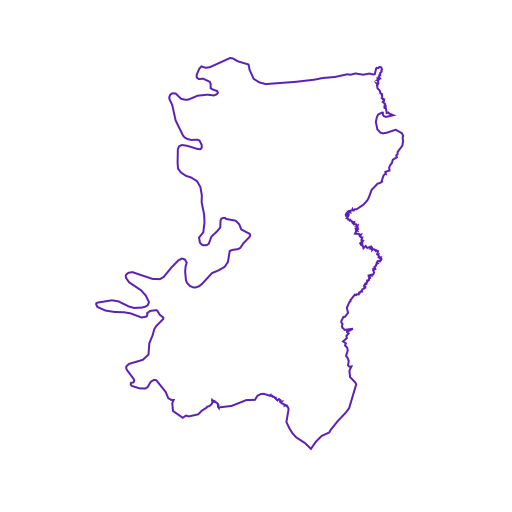 outline of Kham Ta Kla, Sakon Nakhon, Thailand, rotated 260°
{"feature_id": "78962969B89858575119676", "entity_name": "Kham Ta Kla", "entity_type": "district", "adm_level": 2, "iso_a3": "THA", "parent_name": "Thailand", "parent_adm1": "Sakon Nakhon", "projection": "orthographic", "projection_center": [103.783, 17.84], "detail": "fine", "context": "isolated", "style": "outline", "palette": "violet", "viewbox_px": 512, "rotation_deg": 260, "n_neighbors": 0, "source": "geoboundaries", "source_scale": "gbopen_adm2", "svg_char_len": 6147}
<svg xmlns="http://www.w3.org/2000/svg" viewBox="0 0 512 512"><g transform="rotate(260 256 256)"><path d="M445.9,281.9L450.9,271.9L454.6,267.5L455.5,264.9L450.0,243.6L450.1,239.1L452.2,235.1L450.3,232.7L445.5,229.5L443.5,228.7L442.0,228.8L440.2,230.3L439.8,234.7L435.6,240.7L433.5,241.2L429.1,240.5L427.7,242.0L425.2,246.4L423.5,246.8L422.1,245.5L421.4,242.5L423.3,236.2L424.0,226.3L421.8,216.6L422.0,214.1L423.7,209.6L430.0,205.1L430.7,201.8L429.8,199.6L427.4,198.1L425.0,198.1L419.5,199.7L403.4,200.4L387.4,205.0L385.0,206.4L382.9,209.2L381.5,212.6L380.8,217.9L379.7,220.3L374.9,221.8L372.1,221.4L370.8,219.7L371.6,216.9L376.4,207.5L377.9,203.3L378.1,201.7L377.3,199.3L374.8,197.6L361.6,195.0L355.7,194.4L351.4,196.5L347.3,200.7L344.4,206.0L339.9,210.9L333.7,213.2L325.2,213.2L318.3,211.8L305.7,212.1L297.9,211.1L288.5,208.2L284.0,203.1L278.8,203.1L276.7,204.5L275.7,206.1L275.3,209.4L276.2,211.6L282.8,215.4L286.8,221.6L290.2,225.7L297.0,227.2L298.7,228.3L299.2,230.1L298.9,232.1L297.7,232.9L294.3,242.1L290.1,245.0L284.7,246.1L278.9,253.6L277.5,253.9L275.9,253.0L270.9,246.0L266.7,241.9L265.9,239.5L266.1,233.6L265.5,231.0L255.0,227.3L250.8,223.3L248.4,216.7L246.8,209.7L237.8,197.9L236.0,194.4L235.5,190.7L236.1,188.5L238.0,185.7L241.5,183.4L244.3,182.8L252.9,183.5L258.1,184.9L261.5,186.6L265.0,185.3L266.4,182.5L265.1,178.7L259.2,170.5L251.5,161.6L249.9,157.4L251.4,150.1L261.6,131.4L261.6,127.5L260.3,125.0L258.8,124.2L257.1,124.2L252.2,126.4L242.1,136.9L236.1,140.6L229.1,142.6L226.3,140.8L225.4,138.5L225.0,135.0L226.0,126.9L228.3,122.1L235.3,112.5L237.4,106.4L237.6,91.8L237.2,90.5L236.2,90.2L233.4,90.9L228.4,98.3L225.5,106.8L223.5,116.3L221.4,122.3L215.3,132.7L215.4,137.7L216.8,138.7L218.6,138.9L220.3,142.3L220.0,148.2L219.4,149.2L214.7,151.1L211.4,154.1L209.9,153.5L204.3,145.5L201.7,143.2L195.7,140.3L188.6,135.8L177.6,133.0L173.4,126.5L171.8,112.2L169.8,109.2L168.5,108.7L166.6,108.9L155.4,114.5L153.9,114.3L152.9,113.4L152.6,110.7L151.0,110.3L149.5,111.3L145.9,118.2L144.7,124.1L145.8,126.6L150.5,130.6L151.7,134.1L151.0,136.2L137.7,143.5L131.2,144.9L128.9,147.7L128.5,149.9L125.6,148.0L117.8,147.3L109.4,155.8L111.0,159.4L109.7,162.0L110.1,171.6L113.2,176.0L115.3,181.2L116.1,181.8L116.2,183.9L117.8,186.5L120.0,188.1L121.1,187.5L121.9,187.8L121.1,188.3L120.3,190.0L119.3,189.8L118.9,191.2L116.9,192.9L115.6,193.1L115.5,192.5L113.9,192.4L112.7,193.0L113.3,193.2L112.6,206.1L115.8,221.4L114.5,229.9L118.2,233.3L119.2,236.7L118.9,239.8L116.1,245.1L116.6,246.3L115.7,246.2L115.4,247.9L114.5,248.0L114.0,249.4L113.0,249.9L112.9,250.9L111.9,250.8L110.0,252.1L111.1,253.8L109.7,255.0L108.4,254.4L108.2,256.1L107.6,255.2L106.7,255.4L104.7,258.4L103.6,258.1L104.0,259.5L103.4,260.4L102.8,260.1L101.6,261.2L99.5,261.5L87.2,257.1L80.7,258.9L75.2,261.1L70.7,263.8L63.0,272.0L56.5,276.6L62.8,282.8L67.4,289.4L69.5,297.5L71.6,299.1L79.2,307.8L86.4,317.5L90.0,321.3L112.2,332.4L114.1,331.9L120.4,327.6L126.9,328.1L130.7,330.8L130.7,328.9L132.4,327.6L136.4,329.1L140.2,328.4L142.0,327.3L146.7,329.8L148.4,330.0L150.1,329.8L152.4,328.1L154.3,329.4L156.8,326.9L159.4,331.2L161.5,331.1L163.7,333.8L165.0,332.5L166.2,332.7L166.2,335.2L167.6,338.8L167.8,330.6L170.4,328.7L171.8,328.4L174.0,329.4L175.8,328.5L177.1,328.7L180.9,331.6L180.6,333.0L184.0,336.7L189.3,336.5L194.3,339.9L195.0,341.2L196.0,341.2L200.8,346.6L200.1,347.7L200.8,348.5L200.3,350.5L202.1,351.3L201.9,352.2L202.7,352.6L202.6,353.7L203.0,353.5L203.1,354.2L204.6,354.8L205.7,357.9L206.3,357.5L206.8,358.2L207.8,357.2L208.9,358.0L209.1,359.5L210.0,359.1L210.4,360.6L212.4,361.1L212.1,362.0L212.7,362.3L212.6,363.0L214.1,363.4L214.5,364.6L215.2,364.5L216.0,363.4L217.3,363.5L217.3,364.8L216.6,366.4L217.5,366.3L217.4,368.2L219.2,369.4L221.7,368.9L223.1,369.3L223.1,369.8L222.1,370.3L222.5,371.3L224.6,370.8L225.5,372.5L227.0,372.9L227.6,374.7L228.6,373.9L229.8,374.9L229.8,376.3L229.1,377.0L230.8,378.9L231.6,378.9L232.1,377.7L233.1,378.6L233.5,376.5L234.9,377.0L235.9,376.4L236.5,376.9L236.7,375.7L239.6,377.0L240.3,375.9L240.1,375.0L241.0,375.0L241.2,374.0L241.9,373.8L242.3,372.6L241.6,371.4L242.8,371.7L243.3,370.1L244.3,371.6L245.4,371.0L244.6,367.0L246.8,365.8L245.0,363.2L247.2,363.1L247.8,362.4L249.7,362.8L248.9,361.4L250.5,360.8L251.3,362.1L250.7,362.6L252.5,364.1L253.5,362.6L255.8,363.9L256.1,362.8L257.3,361.8L258.9,363.2L258.9,361.4L259.9,361.2L260.8,357.4L262.5,358.7L263.8,358.8L263.3,360.1L265.2,359.3L264.9,361.2L266.1,361.0L267.0,360.0L267.0,360.9L268.5,361.5L268.1,360.4L269.9,360.0L270.2,358.0L271.5,357.1L271.4,358.5L272.4,358.7L272.3,357.6L274.4,355.7L274.5,354.7L275.5,354.8L275.7,353.2L277.1,352.8L277.5,351.9L279.3,353.8L281.5,353.7L281.5,353.3L280.0,352.4L280.0,351.6L280.8,351.5L282.6,352.7L282.6,353.4L281.7,354.4L283.5,354.2L282.6,356.3L284.2,355.8L284.2,358.6L285.2,359.1L284.0,359.4L283.8,360.1L284.8,361.2L284.6,363.2L287.9,370.7L291.4,375.2L293.9,377.2L301.1,381.4L306.2,388.4L306.3,390.5L307.3,393.1L308.3,392.9L313.4,395.8L314.5,397.6L314.2,398.1L316.4,398.0L317.0,402.3L319.9,402.5L322.2,403.9L323.9,405.9L327.1,407.5L328.8,411.9L330.8,411.6L331.5,413.0L333.8,413.5L339.3,419.3L343.7,420.8L347.5,421.0L348.7,421.8L351.6,421.0L356.1,415.5L354.7,406.3L354.7,402.4L355.8,400.0L359.6,397.5L367.2,397.3L371.2,398.9L374.1,400.7L375.4,405.0L375.1,405.8L373.1,405.4L371.7,406.1L370.4,408.1L370.8,415.6L373.3,411.7L374.3,411.3L374.1,409.6L379.1,409.5L379.4,408.4L380.3,408.2L381.2,408.5L381.0,409.7L381.7,409.8L383.1,409.1L383.6,409.4L385.6,407.6L386.5,409.0L387.5,409.1L387.9,408.5L388.3,409.1L389.7,407.3L391.6,408.1L393.0,407.7L393.5,408.2L394.9,406.7L397.3,406.6L400.1,404.8L403.0,404.8L403.4,405.5L405.1,404.7L404.3,405.9L405.0,406.6L406.3,406.4L407.7,407.0L408.1,405.9L408.5,406.9L409.6,406.6L409.1,408.0L410.0,407.9L409.8,408.7L411.0,408.0L411.2,408.6L412.6,408.8L412.5,409.7L414.6,410.0L415.8,411.8L417.1,411.7L417.9,412.5L419.9,412.1L420.6,411.1L420.7,410.2L419.8,409.1L420.3,407.6L419.9,406.9L414.5,404.6L414.3,403.4L416.0,399.2L415.9,393.1L418.5,385.6L418.1,380.7L419.1,377.4L418.6,364.9L419.7,352.6L419.5,344.2L420.6,325.7L423.6,295.5L426.5,289.2L431.0,284.4L440.6,282.0L445.9,281.9Z" fill="none" stroke="#5b21b6" stroke-width="2"/></g></svg>